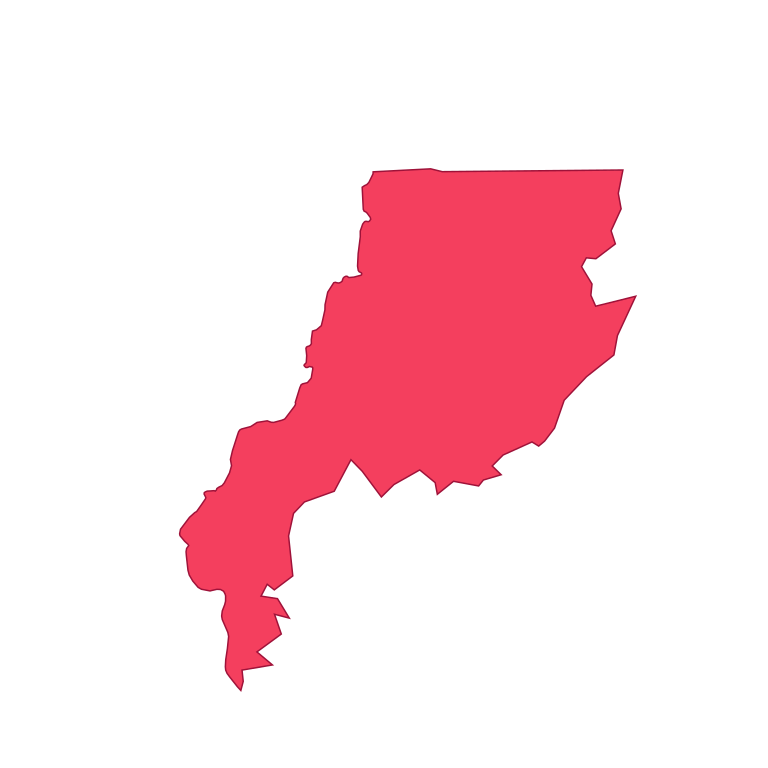 the district of Jasper, South Carolina, United States of America, rotated 44°
{"feature_id": "52423323B27439582532785", "entity_name": "Jasper", "entity_type": "district", "adm_level": 2, "iso_a3": "USA", "parent_name": "United States of America", "parent_adm1": "South Carolina", "projection": "equal_earth", "projection_center": [-81.085, 32.394], "detail": "fine", "context": "isolated", "style": "filled", "palette": "rose", "viewbox_px": 768, "rotation_deg": 44, "n_neighbors": 0, "source": "geoboundaries", "source_scale": "gbopen_adm2", "svg_char_len": 2687}
<svg xmlns="http://www.w3.org/2000/svg" viewBox="0 0 768 768"><g transform="rotate(44 384 384)"><path d="M228.8,238.9L230.2,240.6L232.9,248.9L233.1,249.8L233.1,252.5L232.2,254.8L231.6,257.6L247.8,272.8L249.8,273.5L251.1,272.9L253.1,272.8L258.4,273.7L260.0,274.7L260.4,276.9L259.9,278.2L258.6,279.0L257.5,280.1L257.3,281.2L257.6,283.8L260.7,290.5L264.7,294.6L274.8,308.1L283.1,317.6L286.6,320.2L288.2,320.5L290.4,319.8L291.1,319.9L292.0,321.1L291.6,322.2L288.1,328.0L284.8,331.8L282.5,332.2L281.6,333.2L281.1,334.7L281.1,336.2L281.7,337.7L282.4,338.9L282.4,339.9L282.1,341.3L281.4,342.7L280.1,343.7L278.3,344.7L277.5,346.1L279.7,357.0L286.5,367.9L290.0,371.7L295.9,381.3L298.4,385.6L297.8,391.9L295.8,395.6L296.3,396.3L300.9,402.6L303.7,405.4L304.1,407.1L303.7,408.8L302.8,410.4L302.6,411.4L303.1,412.6L308.7,417.3L313.2,422.6L313.3,423.8L313.2,425.2L313.4,425.9L313.6,426.2L313.9,426.3L314.4,426.4L315.2,426.4L316.2,426.4L317.2,425.6L317.6,424.9L318.2,423.2L320.6,421.7L321.6,421.9L322.7,423.2L327.6,430.4L328.0,436.2L325.3,440.5L324.9,442.1L326.1,445.3L333.0,458.9L334.0,459.5L334.7,460.7L335.1,462.4L336.8,476.5L336.9,478.2L336.9,478.3L335.7,481.0L331.3,488.3L329.4,489.9L325.6,491.6L319.4,499.8L317.7,507.2L312.8,515.3L312.2,517.2L312.6,519.4L314.2,522.8L318.9,532.3L321.2,537.0L325.5,544.2L325.9,544.9L331.1,548.7L334.6,555.2L337.8,566.0L338.1,569.5L336.8,573.1L336.4,575.3L337.1,576.7L337.0,578.3L335.9,578.7L333.7,581.2L331.2,583.9L330.4,585.8L330.2,587.0L331.0,588.1L334.6,589.4L335.3,590.4L336.4,596.8L336.6,598.0L337.8,605.9L337.2,608.0L336.7,615.0L338.5,629.8L341.1,633.8L342.6,634.8L349.8,635.6L354.5,635.5L355.8,635.9L356.2,639.3L358.0,642.0L358.4,642.4L361.1,644.8L372.3,654.1L376.6,656.7L383.4,658.6L391.5,659.4L395.2,658.5L402.6,653.7L403.6,652.1L406.4,647.8L409.1,645.4L412.6,644.5L415.6,645.5L417.2,646.4L420.9,650.3L422.7,653.4L425.3,659.6L428.4,663.7L431.3,665.8L444.3,671.2L447.6,673.5L455.2,683.2L461.7,692.3L466.3,697.6L468.9,699.8L472.2,701.2L477.0,702.0L488.9,703.6L493.9,703.9L489.3,695.7L480.6,688.4L498.9,663.6L478.7,665.0L483.8,635.2L465.2,625.7L478.5,618.2L456.5,612.4L442.9,622.0L439.1,609.2L448.1,608.3L451.7,585.4L420.9,559.6L408.8,539.9L408.7,524.1L422.7,495.7L412.8,461.4L429.0,461.9L460.6,467.1L461.0,449.4L469.4,421.0L489.3,419.4L499.0,426.3L501.6,405.7L522.9,391.6L522.2,384.0L531.3,367.9L518.8,367.8L519.0,352.3L530.7,322.9L538.4,321.2L539.2,313.5L537.3,297.3L524.9,270.5L524.6,238.0L529.2,203.4L518.3,187.0L504.1,146.0L482.2,181.0L471.2,176.5L464.2,167.6L444.6,162.4L441.9,152.7L449.4,146.7L453.1,122.5L440.9,116.0L432.9,93.3L420.1,84.1L407.2,64.1L278.4,190.8L268.1,196.8L228.8,238.9Z" fill="#f43f5e" stroke="#9f1239" stroke-width="1.5"/></g></svg>